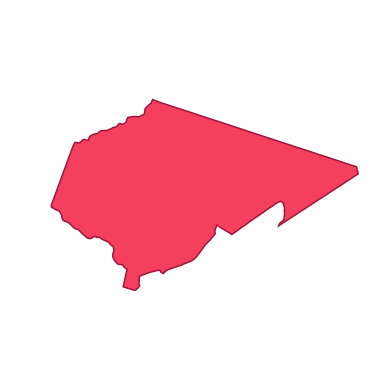 Sátiro Dias, Bahia, Brazil, rotated 126°
{"feature_id": "56859067B46846064360642", "entity_name": "Sátiro Dias", "entity_type": "district", "adm_level": 2, "iso_a3": "BRA", "parent_name": "Brazil", "parent_adm1": "Bahia", "projection": "mercator", "projection_center": [-38.535, -11.555], "detail": "fine", "context": "isolated", "style": "filled", "palette": "rose", "viewbox_px": 384, "rotation_deg": 126, "n_neighbors": 0, "source": "geoboundaries", "source_scale": "gbopen_adm2", "svg_char_len": 2500}
<svg xmlns="http://www.w3.org/2000/svg" viewBox="0 0 384 384"><g transform="rotate(126 192 192)"><path d="M220.6,315.8L224.8,315.2L235.1,312.3L237.1,311.8L281.3,299.2L285.4,298.1L286.8,296.8L286.6,294.0L286.2,291.1L285.5,288.5L286.4,285.9L287.6,283.5L289.1,282.2L290.3,280.7L290.6,278.7L289.9,276.2L289.4,273.5L289.8,270.3L290.3,267.7L290.4,265.9L290.2,264.1L289.2,262.6L289.5,260.6L289.8,258.0L290.3,256.1L290.4,253.0L290.8,250.0L290.0,247.5L288.8,246.2L286.5,245.5L285.0,244.3L284.7,242.3L283.0,240.4L283.2,237.9L282.9,236.1L282.3,233.4L281.7,230.3L282.2,227.8L282.7,225.9L282.3,224.1L283.8,222.2L285.5,220.7L287.5,220.1L289.2,219.3L291.0,218.1L292.4,215.5L293.3,213.0L293.8,210.8L293.8,208.8L292.3,206.8L291.8,204.7L292.7,202.7L292.8,200.9L292.7,199.1L309.1,192.0L308.5,190.0L307.7,187.5L306.8,185.0L306.1,182.9L305.1,180.3L303.0,179.5L301.2,179.3L298.7,179.1L297.0,181.4L294.3,182.9L292.7,184.1L291.1,184.9L289.0,183.8L287.2,182.5L285.0,181.0L283.3,180.0L281.7,178.8L280.3,177.6L279.0,176.5L277.5,175.3L276.0,174.0L274.2,172.2L275.1,169.9L275.0,167.4L272.5,167.0L270.7,166.5L268.7,165.6L267.1,164.4L265.1,163.1L262.9,161.5L260.4,159.8L258.7,158.5L257.2,157.5L255.3,156.5L253.0,155.0L250.5,153.4L248.6,152.3L246.9,151.5L244.8,150.8L243.0,150.4L241.1,150.2L238.9,150.2L236.3,150.2L234.0,150.2L231.5,150.2L229.2,150.2L226.4,150.1L223.6,149.7L220.7,149.2L212.1,148.6L210.7,150.2L208.8,151.1L206.6,151.7L204.3,152.5L202.9,134.8L201.1,134.2L199.2,133.5L196.7,132.7L194.5,131.9L192.7,131.4L190.6,130.7L188.1,129.8L185.2,128.8L181.8,127.8L179.6,126.9L177.1,126.1L161.0,120.5L154.1,118.0L151.6,117.2L149.4,116.1L147.3,114.8L147.3,111.9L149.0,109.9L149.9,108.2L151.8,107.0L153.8,105.5L155.5,104.0L157.1,103.3L159.1,102.0L161.0,101.5L163.1,102.0L165.6,102.6L168.4,102.0L79.6,68.2L74.9,73.8L78.1,83.4L79.6,88.3L81.6,94.5L88.5,115.9L102.1,158.0L113.9,194.8L115.4,199.4L116.0,201.4L117.5,205.9L118.0,207.6L131.7,250.2L132.6,252.8L137.5,268.1L138.5,271.1L140.3,278.2L142.4,277.8L144.3,277.3L146.3,278.0L149.9,278.7L152.3,278.8L154.4,277.8L156.9,276.4L159.3,277.5L161.0,278.6L162.6,279.3L163.7,281.5L165.7,284.1L167.8,286.1L169.3,287.7L171.9,287.4L173.7,286.4L176.0,286.8L178.2,288.1L178.9,290.8L181.2,291.4L183.7,291.3L185.9,293.6L188.1,294.5L190.3,295.9L192.4,297.1L193.9,299.3L195.9,301.6L198.3,302.3L200.1,302.9L202.1,304.7L204.4,306.3L207.0,307.3L209.2,307.0L211.3,306.3L212.2,308.3L213.2,310.6L215.3,311.3L217.8,311.5L219.5,313.5L220.6,315.8Z" fill="#f43f5e" stroke="#9f1239" stroke-width="1.5"/></g></svg>